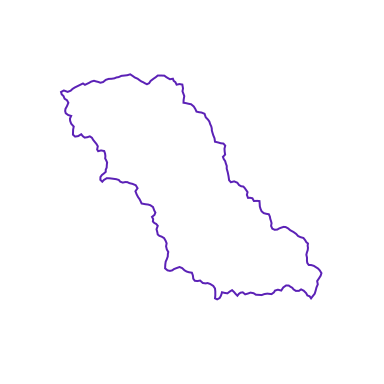 Alvinópolis, Minas Gerais, Brazil (Albers equal-area conic projection), rotated 62°
{"feature_id": "56859067B9010081641280", "entity_name": "Alvinópolis", "entity_type": "district", "adm_level": 2, "iso_a3": "BRA", "parent_name": "Brazil", "parent_adm1": "Minas Gerais", "projection": "albers", "projection_center": [-43.147, -20.111], "detail": "fine", "context": "isolated", "style": "outline", "palette": "violet", "viewbox_px": 384, "rotation_deg": 62, "n_neighbors": 0, "source": "geoboundaries", "source_scale": "gbopen_adm2", "svg_char_len": 4044}
<svg xmlns="http://www.w3.org/2000/svg" viewBox="0 0 384 384"><g transform="rotate(62 192 192)"><path d="M341.8,136.8L340.7,134.4L339.4,131.4L337.2,129.2L334.7,126.9L332.6,124.3L329.4,123.3L327.9,120.5L326.3,117.7L324.4,115.8L321.1,116.0L318.6,116.7L316.9,117.7L314.4,119.1L312.5,121.0L311.2,123.2L308.7,123.5L306.7,122.8L304.0,121.3L301.1,120.5L299.4,119.0L297.6,117.1L295.7,115.8L293.7,115.1L291.9,113.8L290.0,114.6L287.7,114.7L284.9,115.2L282.8,117.4L280.7,119.0L277.9,119.7L274.9,121.2L271.9,123.2L269.1,124.3L266.9,125.8L265.8,127.5L265.4,129.8L265.1,132.0L265.2,134.3L264.2,136.7L262.1,138.3L259.1,138.1L256.9,136.4L254.8,135.9L252.5,135.5L250.3,134.8L247.7,134.6L246.0,136.8L244.3,138.6L241.7,139.6L239.0,139.4L236.6,138.9L234.2,137.8L231.7,136.7L230.5,138.5L229.0,141.6L225.9,141.6L224.4,143.4L223.5,145.3L220.3,144.9L218.2,143.0L215.6,143.3L213.2,143.6L211.3,144.1L210.0,145.9L208.0,147.2L205.1,147.6L202.4,149.8L201.6,153.1L199.0,153.7L195.1,152.3L191.4,151.2L187.7,150.4L185.3,149.1L182.5,148.7L180.3,148.2L177.9,148.5L175.5,148.2L174.5,145.2L171.7,144.2L169.0,143.0L166.7,140.9L164.0,141.5L162.4,143.8L160.6,145.6L158.4,148.1L155.1,146.9L152.0,146.6L149.3,146.1L147.0,145.6L145.1,144.7L143.1,144.2L140.8,144.1L137.9,143.6L135.6,143.9L132.5,144.8L128.8,144.2L126.3,146.3L124.8,148.4L123.1,150.3L120.3,150.1L117.3,150.3L114.1,151.6L112.4,153.7L110.8,155.5L109.2,157.6L106.8,156.2L103.7,153.8L100.8,153.4L98.6,153.1L96.3,151.3L92.6,150.1L90.8,152.4L90.0,155.2L87.2,155.1L85.2,156.0L83.0,155.7L82.1,158.5L80.1,159.8L78.4,160.8L76.3,161.8L74.6,164.7L73.1,167.6L73.6,170.0L73.9,172.7L74.5,176.4L75.8,178.8L75.7,181.2L73.9,182.5L72.1,183.6L70.6,184.8L68.5,185.9L66.5,186.8L64.1,188.7L61.5,190.0L59.1,191.3L58.5,194.3L57.4,197.1L56.3,199.8L56.1,202.9L55.4,204.9L55.2,207.2L54.2,210.0L53.0,212.5L52.5,215.5L53.2,218.9L52.5,221.6L50.9,223.0L49.3,224.8L47.8,226.3L47.2,229.1L47.3,231.8L47.2,233.9L47.1,236.2L45.0,237.3L44.9,239.8L44.8,242.9L44.7,246.4L44.9,249.1L45.6,251.6L45.2,254.8L42.2,257.5L42.2,260.7L44.6,261.2L47.0,260.4L49.8,260.7L52.3,259.3L55.2,259.3L57.5,262.1L59.2,264.7L61.0,266.0L63.2,266.5L65.9,265.2L68.1,263.0L69.9,265.3L72.0,266.2L75.0,266.6L78.7,265.7L81.0,267.6L83.4,269.0L85.5,270.2L88.2,269.2L89.2,266.3L89.0,262.7L91.5,262.2L93.6,261.2L94.5,258.6L94.9,256.1L97.1,254.9L99.6,254.8L102.2,254.3L104.7,253.8L107.4,253.7L109.9,255.8L111.9,255.7L112.6,252.8L114.6,250.3L117.2,250.7L119.6,251.6L121.6,252.9L123.8,252.9L126.1,253.1L127.8,254.3L130.4,255.9L131.8,257.7L133.7,258.7L134.3,261.2L134.7,263.6L135.8,265.8L138.2,267.2L140.8,266.4L140.0,264.2L139.8,260.8L141.3,258.2L143.0,255.8L145.1,252.9L147.0,251.0L149.2,250.5L151.2,248.7L151.9,246.2L153.0,244.4L154.8,243.1L156.8,240.8L159.6,238.5L163.1,238.3L164.8,241.6L168.2,242.0L171.4,242.0L173.3,241.7L175.3,241.7L178.5,241.9L180.9,238.9L182.5,236.6L184.1,235.0L187.0,233.5L190.6,234.0L193.0,234.0L194.6,235.9L195.2,239.0L197.7,239.0L199.7,240.4L201.7,239.8L203.4,238.6L205.8,238.1L208.2,240.8L211.2,241.5L213.4,242.2L215.4,241.4L217.1,239.8L219.6,238.3L222.7,238.2L225.4,238.5L227.8,240.4L230.9,241.2L233.8,241.1L235.4,242.4L237.6,243.7L239.5,245.8L241.1,247.9L243.3,249.5L245.1,250.6L246.8,251.6L249.7,250.4L251.3,248.5L251.9,246.3L251.6,244.1L251.9,241.5L252.4,238.2L254.6,236.4L257.6,235.4L259.7,234.1L261.4,232.4L263.2,230.0L266.1,230.4L269.2,231.6L271.7,231.2L273.2,229.0L274.0,226.4L277.4,225.2L279.1,222.9L279.7,221.0L281.8,219.1L284.9,217.3L288.0,217.0L290.7,218.1L294.3,220.0L296.7,221.6L298.6,220.2L298.6,217.4L297.4,215.5L296.1,214.0L294.6,212.6L296.3,210.7L298.1,208.3L297.6,205.2L297.5,202.7L300.2,201.8L302.6,201.3L304.9,200.6L303.9,198.4L303.7,196.3L304.4,194.3L307.3,193.1L307.9,190.4L308.3,187.6L310.3,185.1L312.7,183.8L314.3,181.1L315.7,178.9L316.1,176.0L317.1,173.2L319.5,169.7L319.1,166.8L318.0,165.0L318.6,162.0L320.9,159.5L319.1,156.2L318.7,152.8L320.0,150.5L321.8,149.6L323.7,148.4L325.6,148.1L328.1,146.7L329.5,144.0L329.2,141.4L331.6,139.7L334.9,138.7L337.5,138.7L339.3,137.1L341.8,136.8Z" fill="none" stroke="#5b21b6" stroke-width="2"/></g></svg>